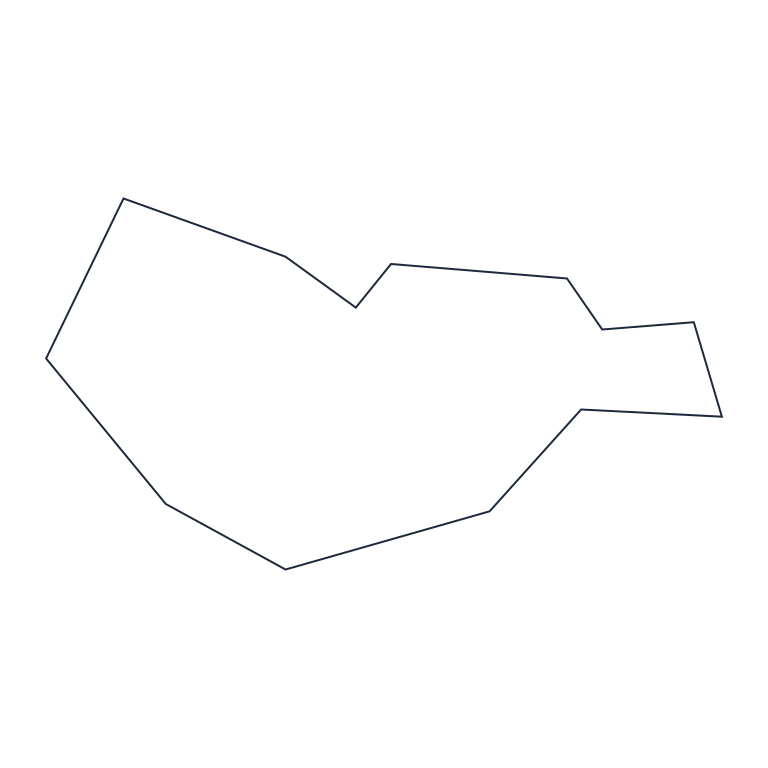 San Juan, Mercator projection
{"feature_id": "PHL-5551", "entity_name": "San Juan", "entity_type": "Highly Urbanized City", "adm_level": 1, "iso_a3": "PHL", "parent_name": "Philippines", "parent_adm1": "", "projection": "mercator", "projection_center": [121.051, 14.596], "detail": "fine", "context": "isolated", "style": "outline", "palette": "slate", "viewbox_px": 768, "rotation_deg": 0, "n_neighbors": 0, "source": "natural_earth", "source_scale": "10m", "svg_char_len": 294}
<svg xmlns="http://www.w3.org/2000/svg" viewBox="0 0 768 768"><path d="M123.5,198.5L285.5,256.7L355.8,307.6L391.0,264.0L567.0,278.5L602.2,329.5L693.8,322.2L721.9,416.7L581.1,409.5L489.6,511.3L285.5,569.5L165.8,504.0L46.1,358.5L123.5,198.5Z" fill="none" stroke="#1e293b" stroke-width="2"/></svg>